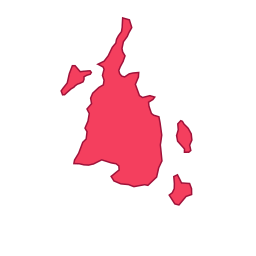 outline of Culebra, Puerto Rico, rotated 54°
{"feature_id": "32010507B36782575213222", "entity_name": "Culebra", "entity_type": "district", "adm_level": 2, "iso_a3": "PRI", "parent_name": "Puerto Rico", "parent_adm1": "", "projection": "natural_earth1", "projection_center": [-65.293, 18.314], "detail": "fine", "context": "isolated", "style": "filled", "palette": "rose", "viewbox_px": 256, "rotation_deg": 54, "n_neighbors": 0, "source": "geoboundaries", "source_scale": "gbopen_adm2", "svg_char_len": 2464}
<svg xmlns="http://www.w3.org/2000/svg" viewBox="0 0 256 256"><g transform="rotate(54 128 128)"><path d="M35.8,67.6L38.6,69.9L40.1,71.1L41.3,72.1L43.0,73.4L46.2,76.6L47.7,81.4L49.5,85.1L52.2,88.0L52.7,90.2L53.5,93.3L58.0,101.6L59.9,108.1L58.7,114.9L59.4,114.5L60.6,113.9L64.0,112.3L66.1,112.8L66.5,112.9L67.1,113.7L70.5,117.8L71.6,118.1L74.1,118.9L75.3,119.3L78.6,122.6L78.1,127.5L78.1,127.8L79.1,136.1L81.9,140.7L86.9,143.2L86.9,143.3L87.0,143.6L88.5,150.0L89.0,150.1L93.5,150.8L98.2,155.6L98.9,156.3L102.6,162.5L102.9,162.9L104.0,163.0L106.9,163.3L112.3,168.3L113.0,173.0L119.4,182.7L122.5,190.1L122.9,190.5L123.9,191.6L125.0,192.7L128.3,188.4L129.2,187.6L131.9,185.3L134.9,181.6L136.3,178.1L136.5,177.8L136.8,177.1L138.3,168.0L139.2,167.3L140.1,166.7L141.0,166.0L146.3,162.1L150.0,158.6L153.3,157.7L156.7,159.8L156.9,163.9L157.2,168.8L157.2,170.1L161.8,170.4L162.5,170.5L169.0,166.6L174.1,160.8L177.7,158.5L178.7,157.8L178.9,157.7L183.6,147.9L184.9,146.7L185.9,145.8L186.1,145.6L184.5,133.7L178.2,126.5L175.2,121.1L174.6,119.9L164.2,113.8L160.7,111.8L158.2,109.3L153.6,104.9L142.8,99.1L137.1,96.4L133.5,99.1L132.8,99.7L130.0,100.5L126.4,99.4L126.0,99.3L122.4,98.1L119.2,96.2L119.6,91.1L118.7,88.2L114.7,91.3L111.9,98.3L108.5,99.7L105.7,98.9L97.0,96.4L95.5,93.9L92.9,89.6L91.4,88.4L90.7,87.8L89.4,86.7L86.4,91.7L84.9,95.2L84.7,100.7L82.3,102.6L79.1,102.8L76.0,101.6L73.9,98.3L71.8,94.0L71.2,92.7L70.7,92.1L67.9,88.0L63.3,87.6L60.1,86.1L59.8,85.8L55.5,81.0L53.5,74.8L51.4,71.3L49.1,66.2L48.9,65.9L41.3,63.3L35.8,67.6ZM194.9,115.5L194.2,119.5L200.3,123.2L204.3,126.3L206.4,130.2L206.5,134.1L208.2,134.2L216.3,134.7L217.0,134.7L218.8,133.2L220.2,132.0L217.5,121.3L218.7,117.2L219.0,116.4L219.2,115.6L214.5,112.3L209.1,110.8L208.1,112.0L203.9,117.0L199.9,116.3L194.9,115.5ZM46.5,134.2L44.9,136.4L49.4,143.3L50.9,145.1L51.1,145.3L54.3,148.9L55.9,150.8L57.6,157.0L57.8,157.6L58.7,160.3L62.7,161.4L62.8,161.2L63.8,159.7L63.5,157.2L63.4,156.4L62.9,151.1L63.0,149.9L63.2,147.8L62.9,146.5L62.8,146.0L62.8,143.2L63.6,140.6L64.2,137.2L62.8,135.0L60.7,133.5L61.1,130.4L62.3,126.9L61.5,125.0L59.5,125.0L58.4,126.6L56.5,129.8L56.2,130.2L54.4,133.5L52.9,133.7L46.5,134.2ZM153.1,81.0L153.9,85.3L159.0,88.4L162.5,92.9L162.6,93.1L167.8,95.6L173.1,95.1L174.1,95.0L178.1,94.6L180.8,96.6L182.9,93.6L183.3,93.1L183.3,92.8L183.1,90.4L178.1,88.2L175.3,83.4L169.9,80.3L163.7,79.5L162.7,79.6L157.8,80.4L154.6,80.1L153.1,81.0Z" fill="#f43f5e" stroke="#9f1239" stroke-width="1.5"/></g></svg>